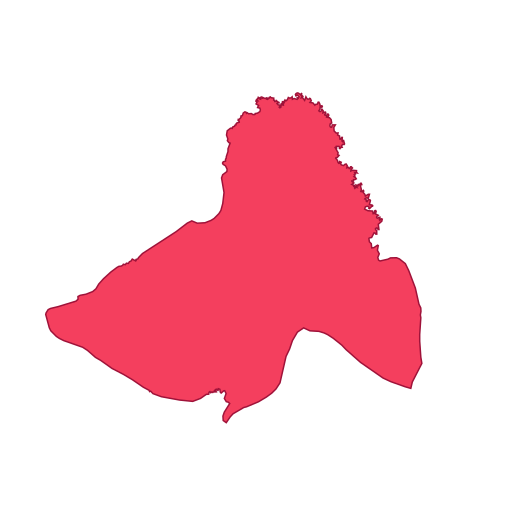 Tha Bo, Nong Khai, Thailand (orthographic projection), rotated 105°
{"feature_id": "78962969B97829088345215", "entity_name": "Tha Bo", "entity_type": "district", "adm_level": 2, "iso_a3": "THA", "parent_name": "Thailand", "parent_adm1": "Nong Khai", "projection": "orthographic", "projection_center": [102.483, 17.794], "detail": "fine", "context": "isolated", "style": "filled", "palette": "rose", "viewbox_px": 512, "rotation_deg": 105, "n_neighbors": 0, "source": "geoboundaries", "source_scale": "gbopen_adm2", "svg_char_len": 6090}
<svg xmlns="http://www.w3.org/2000/svg" viewBox="0 0 512 512"><g transform="rotate(105 256 256)"><path d="M341.2,417.5L343.8,416.7L346.2,418.2L356.1,434.0L359.9,441.0L361.6,442.9L365.2,444.0L366.9,444.0L378.8,437.1L381.4,434.8L385.3,428.1L386.5,424.6L387.5,419.7L389.0,399.8L390.8,394.3L395.5,384.8L397.0,379.1L401.9,365.9L404.6,353.6L407.5,343.3L411.9,330.9L413.4,324.5L414.5,323.7L413.8,322.8L415.6,319.9L416.4,311.0L414.9,292.5L412.8,279.5L407.9,272.7L402.5,268.2L401.7,265.9L399.8,266.1L398.9,265.4L399.8,264.3L398.7,263.4L399.0,262.4L398.4,262.1L397.5,259.2L396.5,260.1L396.6,261.1L395.4,260.5L394.9,259.7L395.6,258.7L394.9,258.5L395.2,257.9L393.9,258.0L394.1,256.4L396.7,255.3L397.4,254.2L394.5,252.2L394.2,251.4L396.6,249.3L401.8,249.7L404.4,247.0L404.4,244.9L405.3,243.2L415.0,246.2L419.2,246.5L423.4,245.1L424.7,241.6L418.1,239.3L414.3,237.3L405.5,228.6L404.1,226.1L396.2,215.9L389.6,209.5L384.4,205.3L379.3,202.3L372.3,200.0L345.2,201.0L337.2,199.5L328.2,198.9L318.8,196.3L313.1,191.4L314.3,184.5L312.5,175.7L312.7,170.3L313.4,166.4L315.5,160.0L319.9,150.0L323.1,144.8L331.7,127.5L341.0,101.7L342.5,93.1L343.7,78.1L343.8,72.2L337.2,72.4L316.8,68.0L311.1,70.6L296.0,75.8L289.3,77.6L273.0,80.8L270.4,82.0L266.9,82.3L263.5,83.4L260.4,86.1L245.7,93.8L230.7,104.6L224.7,109.8L221.7,116.7L221.3,119.8L223.0,125.6L224.9,127.7L228.7,134.9L228.3,136.5L225.9,138.0L222.0,137.5L219.1,140.2L214.3,140.6L214.1,141.4L217.4,144.3L218.2,146.3L214.2,147.9L213.0,150.1L209.9,151.5L209.3,151.3L208.2,149.1L203.1,148.0L202.9,147.2L203.9,145.9L203.6,145.0L200.2,146.0L199.6,147.3L198.5,147.7L197.5,146.5L198.8,144.8L198.6,144.1L193.7,146.1L189.9,143.5L187.7,143.6L187.6,144.7L189.5,145.7L188.9,146.3L186.5,146.3L186.8,147.3L188.0,148.2L187.8,149.4L186.7,149.6L185.0,148.4L184.5,151.5L181.7,151.5L181.1,152.2L181.4,152.9L184.3,153.0L184.8,153.8L182.4,155.0L183.3,159.6L182.6,163.2L180.2,163.1L179.1,161.5L179.2,160.0L179.6,159.5L180.8,159.3L180.9,158.6L178.2,157.1L177.7,156.3L177.0,156.4L176.7,157.2L177.1,159.8L172.9,159.8L172.2,160.5L172.3,162.1L174.7,162.7L174.7,163.5L172.9,164.3L172.7,165.7L172.1,165.5L171.0,163.9L171.4,162.5L167.0,162.4L167.3,163.5L169.8,165.9L168.4,166.7L166.6,169.2L165.4,168.7L164.8,169.3L166.6,170.9L166.6,171.5L164.6,171.4L160.5,173.6L159.7,172.3L158.5,173.1L158.7,173.9L160.5,174.6L160.4,175.6L162.0,175.7L161.4,176.9L162.9,177.2L163.7,176.2L163.8,177.5L165.1,178.0L164.8,178.4L162.0,178.7L163.2,179.8L162.2,180.5L162.1,182.0L160.1,180.4L159.2,182.6L158.7,182.8L158.3,181.3L157.0,181.6L156.7,180.3L155.5,179.1L154.6,180.1L154.0,181.9L153.1,181.1L152.0,182.2L151.1,181.2L149.9,182.3L149.6,179.8L149.0,180.7L147.5,181.0L148.2,184.9L149.3,186.4L147.9,186.6L146.0,185.6L145.1,187.1L145.4,187.8L147.0,188.0L147.4,188.6L146.4,189.7L147.3,191.1L145.2,191.2L143.8,192.7L144.3,193.7L146.0,194.9L145.9,197.2L145.1,198.1L143.4,197.9L143.1,199.7L144.8,199.5L145.1,200.1L144.3,201.1L142.4,202.2L141.0,204.3L140.3,204.2L139.8,203.0L137.3,201.8L137.0,203.4L135.0,203.4L130.7,207.7L130.4,207.4L130.8,206.2L129.3,206.7L128.6,204.1L128.9,203.5L130.3,203.4L130.6,202.7L129.3,202.2L128.7,200.9L127.6,201.9L125.8,201.2L125.5,199.7L124.8,199.5L121.7,201.3L121.8,201.8L123.1,201.9L122.7,202.7L119.1,203.3L119.1,203.7L121.3,204.6L121.4,205.2L118.4,206.4L118.0,208.5L115.9,208.6L116.5,210.3L115.0,212.9L111.7,214.1L108.8,213.3L109.6,216.3L111.9,216.2L112.3,216.8L112.0,217.7L111.0,218.4L109.1,218.5L107.9,217.3L104.7,218.8L103.4,220.8L103.6,223.8L102.9,223.8L102.8,222.5L101.2,222.1L100.3,222.8L100.4,223.7L102.2,224.3L102.0,226.1L101.5,226.3L100.3,225.5L99.1,226.0L99.0,226.5L100.4,228.4L98.5,228.6L97.1,230.2L97.2,230.7L98.4,230.4L99.7,231.0L100.0,231.8L99.5,232.9L97.6,232.3L95.9,232.6L95.3,231.9L95.3,230.9L94.5,230.6L93.8,231.2L94.6,232.8L92.8,233.6L91.1,235.1L91.3,235.8L93.5,236.1L94.2,237.8L95.1,238.2L93.4,240.6L93.7,243.6L91.7,242.8L89.9,244.2L89.8,245.0L90.7,245.4L91.1,246.5L90.7,247.6L89.3,249.0L93.1,249.3L90.9,252.3L91.5,253.2L90.4,253.1L90.4,252.1L89.9,251.9L89.3,252.5L89.2,254.0L87.6,253.7L87.3,254.1L88.1,254.6L88.3,255.9L87.7,257.0L87.8,258.4L88.8,259.4L89.8,259.7L90.9,259.0L89.8,257.7L91.0,255.6L92.4,255.9L92.4,257.1L93.4,256.4L94.1,256.8L94.0,260.0L95.2,261.4L92.9,262.3L94.0,263.0L94.8,264.2L94.5,265.8L96.7,266.1L98.5,267.3L97.8,268.4L99.9,269.0L100.1,270.4L101.3,270.3L101.7,269.6L100.9,269.5L100.7,268.6L102.2,269.0L103.2,268.6L103.3,269.7L102.4,270.0L102.5,271.0L105.8,270.5L106.7,271.3L106.3,272.1L104.7,271.6L104.0,271.9L104.3,273.7L103.3,275.2L102.4,274.6L102.2,273.4L101.7,273.5L101.3,275.7L100.6,276.3L101.6,276.9L101.9,277.9L100.8,278.2L100.9,279.3L98.9,279.7L99.2,282.5L98.6,283.3L99.3,284.2L100.2,284.2L100.5,285.4L101.5,285.1L101.8,285.5L101.7,286.5L100.6,286.8L101.5,288.1L101.0,291.2L101.9,290.7L102.0,292.3L103.4,292.1L103.4,292.8L102.0,293.0L102.6,293.6L102.2,294.7L103.1,294.5L103.2,295.2L104.4,295.6L105.3,294.7L105.1,296.0L105.5,296.2L106.3,296.1L106.0,295.4L106.8,295.5L107.1,294.8L109.1,295.3L109.9,292.5L112.2,292.9L112.2,290.5L113.7,289.6L115.5,289.6L117.7,291.6L118.6,293.7L119.5,293.6L119.8,294.0L120.2,295.7L119.6,297.2L120.5,300.1L119.9,301.5L120.6,302.1L119.8,302.5L119.6,304.0L121.1,305.3L123.9,305.5L124.7,306.8L126.0,306.4L127.3,307.0L128.5,307.8L128.6,308.5L129.6,308.4L130.1,307.2L131.1,306.8L132.4,308.9L133.7,309.5L134.4,309.2L135.1,310.2L136.3,310.3L137.1,311.7L138.9,312.0L138.8,313.1L139.4,313.9L142.5,316.2L146.8,315.8L150.2,313.5L152.0,313.5L153.5,311.6L153.7,310.2L159.6,310.8L162.4,310.1L167.6,310.4L169.4,310.1L170.3,310.5L172.3,310.0L173.4,312.0L174.9,312.4L176.0,311.5L176.8,308.8L179.6,306.4L182.0,306.0L186.1,309.2L189.5,309.5L203.0,303.3L213.9,301.7L221.1,301.7L224.7,302.8L230.6,306.2L233.3,308.7L237.1,313.9L239.5,321.2L238.7,327.1L242.0,330.9L253.1,339.4L283.0,366.3L288.0,369.1L289.3,369.3L290.4,371.0L291.1,370.6L291.9,370.9L291.0,374.7L293.3,375.5L294.3,376.8L296.2,377.3L296.5,379.3L298.2,380.0L298.3,382.0L299.5,382.4L300.6,383.5L301.5,385.8L303.1,387.4L309.1,392.1L317.4,397.4L323.7,400.6L329.1,402.1L332.6,404.5L336.9,410.3L339.5,415.7L341.2,417.5Z" fill="#f43f5e" stroke="#9f1239" stroke-width="1.5"/></g></svg>